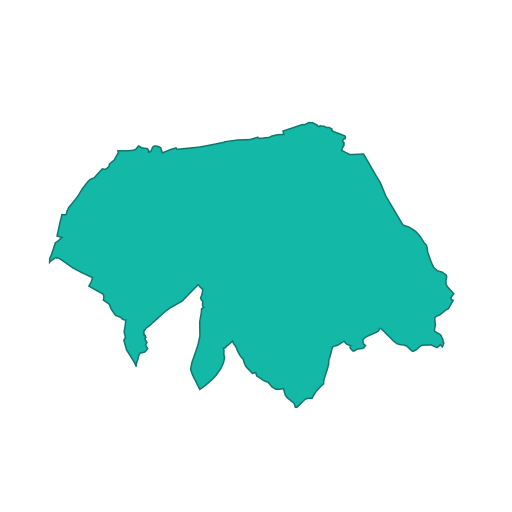 Ticvaniu Mare, Caras-Severin, Romania, rotated 101°
{"feature_id": "2599482B6579395870045", "entity_name": "Ticvaniu Mare", "entity_type": "district", "adm_level": 2, "iso_a3": "ROU", "parent_name": "Romania", "parent_adm1": "Caras-Severin", "projection": "natural_earth1", "projection_center": [21.657, 45.172], "detail": "fine", "context": "isolated", "style": "filled", "palette": "teal", "viewbox_px": 512, "rotation_deg": 101, "n_neighbors": 0, "source": "geoboundaries", "source_scale": "gbopen_adm2", "svg_char_len": 5605}
<svg xmlns="http://www.w3.org/2000/svg" viewBox="0 0 512 512"><g transform="rotate(101 256 256)"><path d="M387.4,352.5L384.0,352.9L381.8,352.5L379.6,352.2L377.4,352.1L375.2,352.0L373.3,351.1L371.9,347.5L370.7,346.2L367.6,344.6L364.4,347.5L361.6,346.5L359.0,349.0L358.5,349.1L357.4,348.9L357.2,348.7L356.9,348.5L356.6,348.8L356.6,349.3L355.4,349.4L354.7,350.1L354.5,350.6L354.7,351.0L354.4,351.2L354.1,351.2L353.7,351.1L353.2,351.0L353.0,351.5L350.8,351.7L347.4,349.8L344.5,347.1L327.0,334.0L325.6,332.5L322.8,329.8L319.8,326.2L318.8,325.1L314.4,319.9L305.5,314.1L296.7,308.4L295.4,307.5L295.9,306.3L296.8,305.4L298.0,303.6L298.7,302.1L300.7,301.7L303.9,301.7L306.2,302.0L307.6,302.5L309.3,301.5L310.1,300.5L311.0,299.5L312.4,299.4L313.8,299.3L315.5,298.6L316.4,297.3L318.1,299.3L319.6,299.2L321.5,298.9L331.3,298.7L345.3,295.8L354.5,296.0L372.9,298.6L379.7,298.6L384.9,295.6L397.7,285.7L394.9,283.1L392.0,280.5L389.0,278.1L385.9,275.7L380.9,272.5L373.1,269.0L367.1,267.6L362.4,267.4L360.9,267.8L359.8,268.3L358.2,269.0L356.4,269.1L354.5,269.6L352.8,270.5L352.5,269.7L352.4,269.2L351.8,269.0L351.6,268.3L350.7,268.0L349.8,267.9L349.4,266.8L346.5,264.7L344.1,262.7L345.3,262.0L346.5,261.1L347.6,259.7L349.1,258.3L352.3,256.3L355.0,254.2L355.9,253.4L356.8,252.6L358.5,250.8L359.9,248.8L362.4,247.6L364.0,246.6L366.1,245.1L367.3,243.7L369.5,240.5L372.0,237.0L371.8,236.7L371.3,236.0L371.2,235.3L370.6,234.5L370.8,233.7L372.0,233.3L372.9,232.8L373.7,232.2L374.5,230.0L375.3,228.1L376.2,226.2L376.7,225.0L377.0,223.8L377.2,222.6L377.4,221.4L377.5,220.2L381.5,215.3L383.0,211.3L382.7,209.4L382.3,207.4L381.7,205.6L381.0,203.7L387.1,200.6L389.4,197.9L393.3,190.5L397.0,188.5L396.7,186.9L387.2,180.4L385.8,177.9L385.0,173.8L383.1,173.3L381.2,172.6L379.4,171.9L377.5,171.2L371.0,167.1L368.7,165.3L364.2,165.7L352.6,164.3L348.7,164.1L343.4,164.7L340.6,164.1L330.9,163.6L329.5,162.0L328.2,159.0L322.8,153.3L324.9,150.9L325.3,149.7L325.6,148.5L325.8,147.2L325.9,146.0L328.1,146.2L328.9,145.3L329.7,144.4L330.3,143.4L330.9,142.3L330.4,141.6L329.9,140.8L329.3,140.1L328.6,139.5L327.7,138.0L327.4,136.6L326.9,135.3L326.4,134.0L325.7,132.8L323.1,131.3L321.7,133.7L320.7,134.2L319.7,134.6L318.6,134.9L317.5,135.0L317.4,135.0L314.3,132.5L308.0,123.5L306.2,121.5L303.4,120.5L303.6,119.0L313.3,104.6L315.1,101.1L315.5,98.4L315.2,93.8L315.7,90.7L319.6,84.7L319.6,83.5L317.5,80.8L312.8,77.3L311.6,74.8L309.9,67.2L310.3,65.3L311.3,61.0L311.2,60.7L310.4,59.9L309.4,59.2L307.9,58.3L309.6,55.8L308.7,55.5L308.1,55.3L307.8,55.3L306.9,55.3L305.5,55.0L305.2,55.3L305.0,55.7L302.4,56.6L298.9,59.1L298.0,60.2L295.9,66.0L295.4,66.4L294.9,66.6L294.4,66.7L293.9,66.8L293.6,66.8L289.8,66.7L283.9,68.5L282.1,68.4L280.8,67.5L279.0,64.8L277.5,63.2L273.7,60.1L272.9,59.5L271.1,57.1L261.9,54.0L261.9,54.8L261.6,55.5L261.3,56.1L260.7,56.6L258.7,56.3L255.4,54.6L249.5,62.4L247.4,64.1L243.4,65.0L240.4,64.8L238.6,65.4L236.3,70.2L235.9,75.0L233.6,79.1L228.8,82.7L219.6,88.2L215.4,89.5L212.8,90.9L211.0,93.4L205.5,98.5L201.3,104.1L198.5,111.1L197.5,117.7L172.5,139.9L168.5,142.5L160.1,148.1L159.4,148.8L152.8,154.8L152.2,155.3L146.7,160.0L135.4,169.8L138.5,182.9L138.0,185.0L136.0,192.1L131.9,191.4L131.4,191.1L130.7,190.7L130.1,190.8L129.5,191.1L129.3,191.1L129.3,191.3L128.0,191.2L127.8,192.2L127.0,192.5L126.1,193.0L124.2,192.0L123.9,191.1L123.4,190.7L121.6,191.1L121.1,192.1L120.8,193.5L119.5,200.9L118.9,204.4L117.9,205.5L117.9,205.8L116.8,205.8L116.1,208.1L115.9,208.9L116.2,210.3L116.5,211.0L115.6,214.3L116.2,217.2L115.8,217.9L116.9,218.5L116.8,219.4L117.0,219.6L116.3,220.9L115.9,220.7L114.6,225.0L114.3,226.1L114.7,226.4L114.7,228.3L115.1,229.9L117.5,232.9L117.9,233.3L117.9,233.5L118.1,235.5L127.8,252.6L128.2,253.3L131.4,251.9L131.5,252.3L132.3,256.0L132.6,256.9L133.1,258.7L134.0,260.7L134.8,262.1L135.1,263.2L137.2,265.8L137.9,268.7L138.5,270.6L139.3,272.4L139.8,275.3L139.5,276.3L139.3,276.7L139.1,276.9L142.9,284.2L145.6,296.1L148.8,305.4L149.9,308.4L150.5,309.2L152.2,313.2L156.8,324.5L159.7,331.7L162.7,341.7L166.4,354.0L165.1,355.1L166.1,357.0L167.2,359.1L167.7,360.0L167.9,360.3L172.6,367.5L171.4,368.3L168.9,369.7L167.9,370.2L167.4,372.1L167.0,374.6L167.4,376.8L169.2,378.4L170.5,378.5L171.0,378.6L171.5,378.7L173.1,379.2L174.4,380.3L174.5,381.3L173.0,381.3L171.4,383.2L171.4,384.3L171.6,387.9L171.6,388.4L171.5,389.2L170.8,390.6L170.4,392.4L174.3,394.4L175.5,396.4L176.2,398.5L177.2,401.8L179.1,411.7L181.3,410.7L181.3,410.9L183.1,411.6L185.0,412.3L186.9,412.9L188.8,413.4L193.7,417.5L195.8,417.2L198.6,419.2L199.8,420.7L199.8,423.5L210.5,430.0L210.8,430.8L211.2,431.5L211.7,432.2L212.2,432.9L212.8,433.5L213.4,434.1L214.2,434.6L214.9,435.1L222.7,439.1L231.3,442.3L231.6,442.4L234.7,444.0L237.8,445.6L240.9,447.3L243.9,449.0L245.4,449.4L246.8,449.7L247.8,450.1L250.2,450.0L251.6,450.4L251.9,451.4L252.1,452.4L252.3,453.4L252.3,454.4L256.6,454.6L260.9,454.8L265.1,454.9L269.4,455.0L271.2,455.1L274.4,455.1L274.8,450.0L279.2,453.4L281.4,455.5L289.2,456.4L294.3,457.2L297.9,458.0L301.5,457.4L300.5,456.9L299.9,456.4L299.4,455.9L295.7,452.2L296.2,451.2L295.3,450.3L297.0,446.1L302.7,433.3L302.9,432.7L305.1,425.4L305.9,422.4L306.5,420.1L308.5,412.3L310.9,412.6L312.7,412.8L317.5,414.3L322.6,398.9L324.4,397.7L325.4,397.6L326.3,397.4L327.3,397.4L328.4,397.5L330.4,392.9L331.0,391.4L332.3,390.2L335.4,388.3L336.9,386.9L338.4,385.4L339.8,383.9L341.1,382.4L342.0,377.2L343.4,375.2L343.6,374.3L343.8,373.6L343.8,372.9L343.8,372.2L343.7,371.6L347.2,371.3L350.6,371.1L350.9,371.1L351.1,371.1L351.3,371.1L355.6,371.0L360.9,368.6L363.9,369.7L372.8,365.2L383.9,354.9L387.4,352.5Z" fill="#14b8a6" stroke="#0f766e" stroke-width="1.5"/></g></svg>